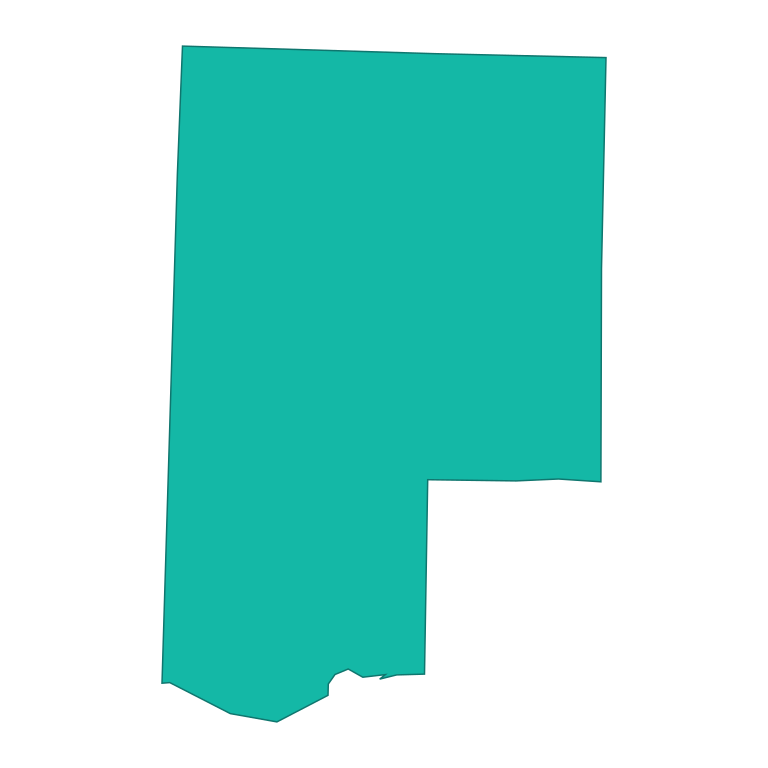 Montgomery, Missouri, United States of America
{"feature_id": "52423323B31191129139810", "entity_name": "Montgomery", "entity_type": "district", "adm_level": 2, "iso_a3": "USA", "parent_name": "United States of America", "parent_adm1": "Missouri", "projection": "natural_earth1", "projection_center": [-91.47, 38.912], "detail": "fine", "context": "isolated", "style": "filled", "palette": "teal", "viewbox_px": 768, "rotation_deg": 0, "n_neighbors": 0, "source": "geoboundaries", "source_scale": "gbopen_adm2", "svg_char_len": 405}
<svg xmlns="http://www.w3.org/2000/svg" viewBox="0 0 768 768"><path d="M177.4,173.3L162.0,683.2L169.8,682.6L230.3,713.6L276.9,721.9L328.0,695.3L328.3,684.0L335.0,674.5L348.2,669.0L362.8,677.2L385.3,674.6L379.7,679.1L396.7,674.9L424.5,674.1L427.7,479.7L516.1,480.9L558.5,479.0L600.9,481.8L601.5,268.4L606.0,57.6L435.4,53.7L182.5,46.1L177.4,173.3Z" fill="#14b8a6" stroke="#0f766e" stroke-width="1.5"/></svg>